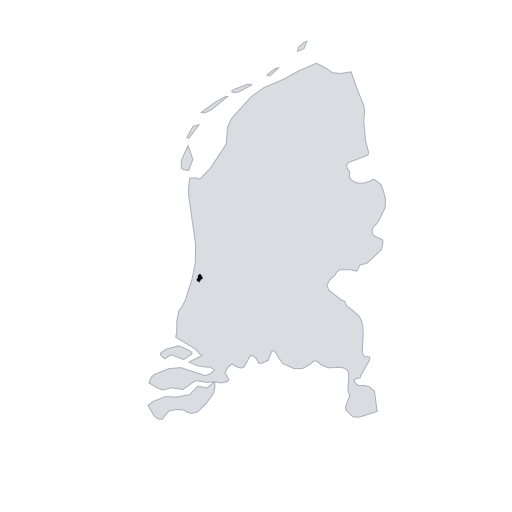 Oegstgeest, Zuid-Holland, Netherlands shown in context, rotated 341°
{"feature_id": "6326949B10569140780030", "entity_name": "Oegstgeest", "entity_type": "district", "adm_level": 2, "iso_a3": "NLD", "parent_name": "Netherlands", "parent_adm1": "Zuid-Holland", "projection": "orthographic", "projection_center": [4.472, 52.183], "detail": "fine", "context": "in_parent", "style": "filled", "palette": "ink", "viewbox_px": 512, "rotation_deg": 341, "n_neighbors": 0, "source": "geoboundaries", "source_scale": "gbopen_adm2", "svg_char_len": 4222}
<svg xmlns="http://www.w3.org/2000/svg" viewBox="0 0 512 512"><g transform="rotate(341 256 256)"><path d="M320.0,442.4L311.7,442.2L303.9,442.1L299.8,441.6L295.4,439.7L293.3,435.7L290.8,430.9L291.4,427.9L298.5,419.3L299.6,417.0L298.8,415.7L299.5,412.0L304.8,399.3L305.4,394.2L302.9,390.7L299.3,388.7L287.6,385.1L282.0,379.9L279.4,375.3L276.8,374.1L273.0,375.7L263.4,377.5L255.6,375.1L246.3,366.5L244.1,358.7L242.9,352.8L240.6,350.7L237.5,353.8L233.7,358.7L225.9,359.3L223.7,358.2L223.3,355.5L222.9,352.9L220.8,349.8L218.5,348.0L208.7,357.0L205.1,357.0L200.4,353.5L198.2,350.2L193.2,352.1L188.6,356.2L190.2,364.1L187.7,365.5L182.1,364.8L175.8,361.5L168.8,359.6L158.2,354.1L143.3,358.4L133.0,353.0L124.4,352.4L119.2,348.2L113.5,341.1L117.6,336.5L121.6,334.9L137.3,334.2L148.6,337.1L169.0,352.6L174.2,352.5L179.7,350.5L177.0,346.4L171.8,344.4L164.2,340.2L158.2,334.4L172.4,332.6L170.5,329.6L168.6,324.5L153.7,306.7L156.3,301.9L160.1,291.6L164.9,283.0L168.6,280.7L174.8,274.7L188.1,256.9L196.5,242.4L202.7,225.2L211.8,177.8L214.4,169.7L218.7,160.8L224.2,162.4L228.0,165.0L241.5,158.1L264.4,140.4L270.9,125.1L277.5,118.0L303.6,103.8L318.0,99.4L340.4,97.8L356.5,94.9L375.9,93.4L383.6,101.6L388.1,107.7L395.1,110.9L405.9,112.9L405.8,125.1L406.8,149.4L406.1,153.7L401.6,164.1L397.1,182.6L396.2,194.7L394.7,197.1L374.0,197.7L371.1,199.9L370.7,202.5L371.9,205.6L371.5,208.7L369.9,211.2L370.9,215.2L374.7,219.6L381.4,222.2L388.4,222.3L392.0,221.6L394.8,224.8L397.6,229.7L397.6,236.0L396.9,244.5L393.8,252.4L384.4,261.7L380.2,265.0L376.2,266.8L374.3,269.2L373.5,272.3L373.8,274.9L380.9,281.9L380.8,283.6L378.9,287.4L376.4,291.0L358.7,298.9L351.3,298.5L347.2,302.3L345.9,303.0L341.2,299.8L330.7,296.2L326.8,297.6L324.6,299.8L318.1,302.5L313.5,306.6L313.6,311.8L322.2,325.1L325.2,327.7L325.5,332.7L329.7,338.9L334.0,346.7L334.6,351.7L334.2,356.8L332.2,364.0L325.3,381.1L325.3,384.3L326.0,386.8L328.5,387.4L330.4,388.6L329.9,390.9L316.5,402.9L314.7,405.0L309.0,404.5L308.1,406.5L309.0,409.6L311.3,412.3L316.2,413.7L320.5,416.6L324.0,422.3L320.0,442.4ZM175.8,361.5L174.6,366.4L171.5,371.8L160.7,379.4L149.6,384.5L143.8,383.8L139.9,381.1L137.8,378.3L131.8,375.5L123.6,374.1L118.5,376.9L114.8,379.6L111.6,379.1L109.3,376.8L107.5,373.2L105.2,362.0L111.4,360.0L124.6,359.5L134.8,363.5L148.2,365.5L158.5,360.2L166.6,364.8L175.8,361.5ZM153.8,315.8L161.6,322.9L163.3,325.2L163.9,327.6L153.9,330.3L143.4,321.6L136.4,323.6L133.8,319.5L133.8,316.9L141.1,314.8L153.8,315.8ZM227.8,144.0L220.1,153.2L215.4,150.7L214.1,148.6L216.4,141.4L227.7,129.5L227.8,144.0ZM261.4,103.1L254.2,104.2L250.9,102.4L268.2,97.1L279.1,95.4L281.1,96.0L261.4,103.1ZM307.7,92.9L292.5,95.3L287.4,93.8L286.5,92.3L290.6,91.3L303.5,90.9L307.6,92.1L307.7,92.9ZM244.8,113.3L230.6,122.9L229.3,121.4L238.5,113.0L244.8,113.3ZM369.0,75.4L362.0,76.0L363.9,72.5L370.4,69.8L373.9,69.6L369.0,75.4ZM338.5,85.5L327.9,90.1L325.3,89.3L325.9,88.0L335.3,85.0L338.5,85.5Z" fill="#d9dde1" stroke="#a8b0b8" stroke-width="1"/><path d="M193.8,261.4L193.9,261.2L193.9,260.9L194.0,260.8L194.0,260.7L194.2,260.4L195.2,260.4L195.3,260.4L195.3,260.1L195.5,259.8L195.7,259.7L195.8,259.6L196.0,259.4L196.1,259.2L196.3,259.2L196.5,259.2L196.7,259.4L196.8,259.4L196.8,259.5L196.9,259.3L197.0,259.4L197.0,259.5L197.3,259.7L197.5,259.5L197.5,259.4L197.6,259.2L197.7,258.9L197.7,258.7L197.5,258.8L197.4,258.8L197.2,259.0L197.1,258.9L197.1,258.6L197.2,258.4L197.1,258.2L196.9,257.9L196.9,257.7L197.0,257.7L197.1,257.4L197.3,257.3L197.3,257.2L197.3,256.9L197.3,256.6L197.3,256.4L197.2,256.3L197.2,256.1L196.9,256.2L196.7,256.1L196.4,256.2L196.3,256.3L196.2,256.2L196.3,256.2L196.2,256.1L196.2,255.9L196.1,256.0L195.8,256.1L195.7,256.2L195.6,256.3L195.5,256.2L195.4,256.3L195.2,256.4L195.2,256.5L194.9,256.7L194.9,256.8L195.0,256.9L195.2,257.0L195.0,257.3L194.9,257.4L195.0,257.5L194.9,257.7L194.6,258.7L194.4,258.6L194.1,258.7L193.9,258.8L193.6,258.8L193.4,258.9L193.2,258.9L193.1,259.0L193.1,258.9L192.9,258.9L192.8,259.0L192.8,258.9L192.8,259.0L192.7,259.0L192.8,259.0L193.0,259.1L193.4,259.2L193.5,259.2L193.6,259.3L193.7,259.5L193.8,259.5L193.8,259.8L193.8,260.0L193.7,260.1L193.6,260.3L193.6,260.5L193.5,260.8L193.6,261.0L193.7,261.3L193.8,261.4Z" fill="#0f172a" stroke="#020617" stroke-width="1.5"/></g></svg>